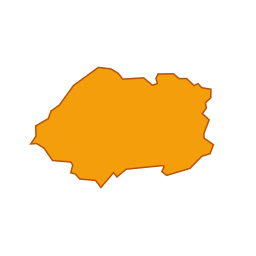 Lisburn, Natural Earth projection, rotated 328°
{"feature_id": "GBR-2090", "entity_name": "Lisburn", "entity_type": "District", "adm_level": 1, "iso_a3": "GBR", "parent_name": "United Kingdom", "parent_adm1": "", "projection": "natural_earth1", "projection_center": [-6.062, 54.5], "detail": "fine", "context": "isolated", "style": "filled", "palette": "amber", "viewbox_px": 256, "rotation_deg": 328, "n_neighbors": 0, "source": "natural_earth", "source_scale": "10m", "svg_char_len": 763}
<svg xmlns="http://www.w3.org/2000/svg" viewBox="0 0 256 256"><g transform="rotate(328 128 128)"><path d="M218.9,139.1L214.2,146.2L207.0,147.7L205.1,152.6L198.7,155.2L201.1,164.1L189.1,173.2L187.2,177.0L191.6,187.4L184.0,193.3L175.7,191.1L159.0,195.1L135.6,188.6L133.6,182.9L138.1,179.8L137.4,178.2L104.7,162.0L92.6,163.6L92.2,158.2L73.5,164.1L72.7,155.2L60.2,145.9L58.9,139.0L55.7,135.6L61.5,130.2L61.4,126.5L46.8,115.6L46.1,100.7L42.3,92.8L37.1,90.0L45.7,86.1L50.9,77.3L65.4,77.8L71.7,72.8L81.9,72.2L104.3,63.1L134.9,60.9L144.7,68.7L148.7,76.5L149.4,83.7L167.9,93.8L171.3,104.7L176.4,105.8L178.1,100.7L182.1,98.1L195.2,106.1L197.5,113.2L203.9,117.1L206.5,127.0L210.9,127.6L211.9,132.9L218.9,139.1Z" fill="#f59e0b" stroke="#b45309" stroke-width="1.5"/></g></svg>